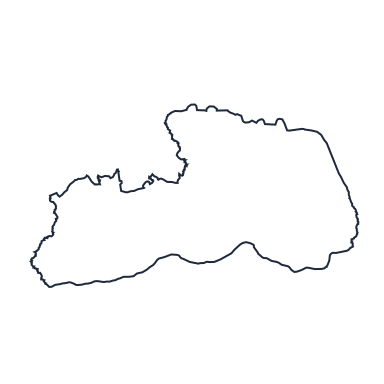 the district of Wa West, Upper West, Ghana, rotated 267°
{"feature_id": "2480657B35206472883168", "entity_name": "Wa West", "entity_type": "district", "adm_level": 2, "iso_a3": "GHA", "parent_name": "Ghana", "parent_adm1": "Upper West", "projection": "robinson", "projection_center": [-2.68, 9.917], "detail": "fine", "context": "isolated", "style": "outline", "palette": "slate", "viewbox_px": 384, "rotation_deg": 267, "n_neighbors": 0, "source": "geoboundaries", "source_scale": "gbopen_adm2", "svg_char_len": 6005}
<svg xmlns="http://www.w3.org/2000/svg" viewBox="0 0 384 384"><g transform="rotate(267 192 192)"><path d="M273.8,179.3L272.2,175.1L271.6,174.8L271.4,173.9L270.6,173.2L270.2,172.0L269.2,171.8L268.4,170.9L265.7,170.3L264.4,169.3L263.1,169.4L262.6,168.7L262.3,169.0L261.8,168.7L261.6,169.1L260.8,169.3L260.9,169.7L260.5,169.6L260.3,170.1L258.1,170.5L257.6,171.3L256.1,171.2L254.5,173.4L252.3,172.7L251.7,174.0L250.7,174.4L250.4,175.0L250.1,174.7L249.3,175.2L246.1,174.7L245.9,175.7L244.7,176.2L244.0,177.1L244.3,177.6L242.9,180.1L242.2,180.6L242.1,180.2L241.5,180.1L241.3,180.7L241.1,180.4L240.2,180.9L238.8,180.7L237.5,182.1L237.2,181.7L235.9,182.3L234.0,182.0L233.8,181.5L231.7,179.5L229.5,178.7L227.2,180.3L225.5,182.2L225.1,183.0L225.4,186.2L224.3,186.3L224.2,186.9L223.6,185.9L222.8,186.7L222.0,186.2L221.8,186.9L222.0,187.2L220.8,187.6L219.6,187.3L219.6,188.1L219.1,187.4L218.8,187.7L218.7,187.0L218.3,187.2L218.5,186.6L218.0,186.3L217.7,186.6L216.7,185.9L215.2,186.0L215.0,185.5L214.7,185.7L214.5,185.1L213.7,184.7L213.4,184.9L212.9,184.1L211.7,184.6L210.6,184.2L210.5,183.8L209.3,183.9L208.8,183.1L209.2,181.8L210.8,180.2L208.9,180.0L207.9,180.4L206.4,180.4L204.8,178.7L202.5,177.9L201.9,178.1L201.9,176.2L203.0,172.6L203.4,167.7L205.8,164.3L207.0,161.9L206.9,160.6L206.0,159.1L206.4,158.6L207.8,158.4L209.1,156.8L209.6,155.2L211.8,153.4L209.2,151.3L208.6,151.2L208.7,150.4L209.2,150.0L208.3,149.8L207.7,150.0L207.4,151.6L206.1,152.4L206.0,153.5L205.3,153.9L204.8,153.9L203.0,152.4L202.1,150.3L204.2,149.8L204.8,148.8L204.8,147.3L203.9,145.9L201.4,143.7L200.2,143.4L199.1,143.7L198.6,144.3L198.5,144.1L197.6,138.1L196.1,134.3L196.0,130.9L195.1,127.5L195.2,125.9L196.8,121.3L203.3,120.7L204.5,122.2L205.7,122.3L206.6,122.1L207.0,120.3L215.6,119.5L216.3,120.0L216.7,119.4L218.4,119.2L218.3,118.2L215.1,116.9L213.9,115.2L212.9,115.0L211.0,113.7L210.1,111.3L212.0,110.1L212.6,105.9L211.5,102.7L212.2,100.7L213.3,99.1L212.0,98.6L211.7,98.9L210.8,98.7L210.4,99.5L209.2,99.3L208.9,100.0L208.6,99.5L207.9,99.6L207.7,100.5L206.6,99.9L204.5,100.5L204.7,99.2L204.4,97.4L204.8,96.3L204.5,95.5L207.5,92.4L212.8,89.4L214.0,87.7L212.9,87.2L211.5,85.1L210.9,80.8L211.1,79.1L210.2,77.6L210.0,75.7L208.8,74.6L206.0,70.6L202.9,68.2L200.5,67.4L198.3,64.3L196.2,62.4L194.3,59.5L195.6,58.1L198.1,56.7L195.7,50.0L194.5,50.5L193.7,49.9L192.9,50.3L192.7,49.7L190.7,49.8L189.5,51.2L189.3,53.0L188.1,53.6L188.0,54.0L187.0,54.4L186.5,55.0L184.4,55.5L184.0,55.2L182.6,55.3L182.1,54.7L181.5,54.6L181.4,54.0L179.9,53.6L179.4,53.8L178.8,53.4L178.9,53.1L178.4,53.0L177.8,54.3L173.9,56.4L172.5,56.0L172.3,54.6L170.2,54.9L168.9,53.4L166.3,52.5L165.6,51.6L164.5,50.8L163.1,51.2L162.4,50.6L160.3,50.8L159.9,50.3L158.8,50.7L158.6,51.5L157.7,50.9L156.7,51.2L155.6,50.1L155.1,49.2L155.5,47.3L155.0,45.6L154.4,45.2L154.1,45.5L153.5,45.2L153.6,44.6L154.2,44.0L153.8,43.4L154.0,42.6L152.9,41.7L151.8,42.2L151.6,40.8L150.8,39.2L148.7,38.9L147.8,37.6L147.1,37.8L146.6,37.2L145.0,36.9L144.1,35.9L142.9,35.9L141.2,33.9L140.4,31.8L140.0,32.6L139.4,32.5L139.0,32.9L137.5,32.4L137.3,32.8L136.3,32.6L136.3,32.1L134.3,29.9L134.2,28.8L133.0,27.9L131.9,28.7L131.2,27.4L130.4,28.4L129.8,28.4L129.8,27.9L127.6,28.1L125.8,29.7L125.8,30.3L124.8,29.7L124.7,30.3L124.0,31.0L124.1,31.7L123.6,31.8L123.2,33.8L122.4,33.5L122.1,33.8L121.4,33.3L120.1,34.3L119.4,34.0L118.9,35.8L119.1,36.2L118.2,36.7L116.3,37.6L115.3,37.6L114.4,37.0L113.2,37.4L113.4,36.9L112.6,36.8L112.4,38.4L111.8,39.4L111.3,39.3L111.4,39.9L110.3,39.6L108.7,40.5L108.7,41.0L107.8,40.9L107.5,42.0L104.7,44.4L104.7,46.9L106.5,50.7L106.9,55.5L107.5,58.0L107.6,60.6L108.3,64.6L107.9,66.5L106.2,70.1L105.4,71.1L105.1,72.4L105.2,76.9L106.0,80.8L106.0,83.5L106.7,87.1L107.6,89.0L108.0,91.1L107.9,93.2L106.7,99.2L107.0,102.1L106.8,104.9L107.7,108.4L107.9,110.7L109.2,113.7L109.4,115.1L110.9,119.3L110.6,124.4L111.0,129.3L113.5,132.7L114.4,138.2L116.8,142.8L119.0,145.7L121.1,149.4L123.1,151.4L125.6,153.3L127.2,155.2L128.5,161.2L130.7,168.1L130.0,173.8L129.5,175.1L128.9,176.0L127.5,176.8L126.2,178.2L125.8,179.6L122.3,186.0L120.1,194.6L120.5,196.1L120.5,200.2L121.6,203.1L121.1,205.7L121.0,210.6L123.2,216.9L128.7,228.1L132.4,231.7L137.1,237.4L138.3,239.7L139.0,242.6L138.9,244.1L137.8,247.6L136.1,250.6L135.4,251.0L133.7,250.9L128.3,254.4L127.1,254.7L123.0,258.9L122.3,260.2L122.0,263.2L119.0,267.9L117.8,272.8L116.9,274.8L114.6,277.8L112.9,283.8L111.9,285.2L109.0,287.2L106.8,290.0L107.0,292.9L108.5,297.7L110.5,302.1L110.3,304.1L108.6,310.6L108.4,317.6L108.9,320.3L109.9,321.4L110.2,322.6L110.8,322.6L111.7,323.4L116.3,325.5L121.6,326.4L123.0,327.5L123.9,329.2L123.6,332.7L125.2,343.6L126.3,345.7L127.7,346.9L129.1,349.9L130.2,349.5L131.8,349.9L132.8,349.5L133.1,348.7L133.4,349.0L133.8,348.7L134.4,349.2L134.6,348.7L136.4,348.8L137.1,351.3L137.9,351.5L139.1,353.7L140.3,354.0L141.3,354.8L142.1,354.6L142.7,355.2L144.5,354.6L146.7,354.6L147.3,354.2L148.9,354.3L151.0,355.4L151.3,356.2L152.0,356.0L152.4,356.5L153.3,356.6L154.2,355.8L155.5,356.3L156.0,355.9L156.7,356.1L157.9,355.1L160.0,354.8L160.5,354.9L161.1,355.7L161.4,355.3L162.3,355.6L162.6,355.1L163.4,355.1L163.9,354.5L164.2,354.8L165.3,354.6L166.6,354.1L167.4,353.0L168.6,352.7L169.2,351.7L170.1,351.2L172.1,351.3L173.2,350.5L177.2,349.3L177.5,348.8L178.5,349.2L181.1,348.4L183.7,348.6L185.6,347.5L188.8,346.8L193.3,344.0L199.6,341.4L202.6,339.7L233.8,329.1L237.1,326.7L242.3,324.0L245.6,320.0L247.2,314.5L248.5,307.8L249.0,307.0L249.3,305.0L248.2,292.4L248.6,290.2L255.5,288.0L259.7,286.1L260.2,284.6L260.5,283.2L260.2,281.6L258.9,280.4L254.9,278.8L256.0,268.4L259.1,267.5L260.6,266.5L261.0,265.6L260.7,263.7L259.6,261.6L257.7,259.9L260.2,255.7L258.7,252.8L258.5,249.2L259.2,247.5L260.1,246.6L265.5,245.2L267.4,241.1L266.8,239.3L267.7,238.1L269.4,234.2L271.1,232.1L271.7,231.8L272.0,221.0L273.6,221.2L276.2,218.2L276.6,213.9L274.9,211.6L273.8,210.8L272.3,210.6L272.8,209.2L273.5,201.3L277.7,200.8L279.2,199.5L279.3,195.8L277.5,192.8L275.3,191.2L274.3,190.9L273.2,185.3L273.8,179.3Z" fill="none" stroke="#1e293b" stroke-width="2"/></g></svg>